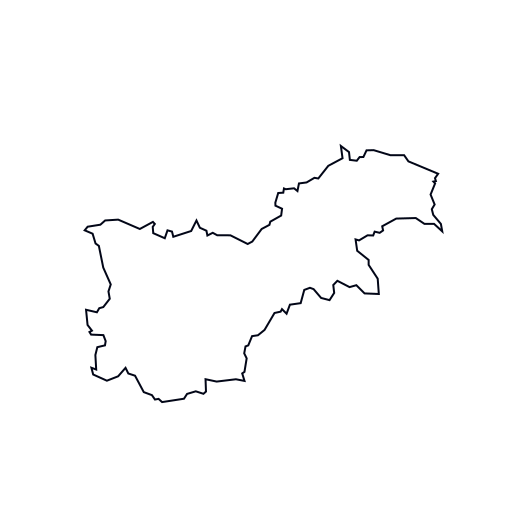 Kratovo, Rankovce, North Macedonia, rotated 332°
{"feature_id": "65306769B16547433729319", "entity_name": "Kratovo", "entity_type": "district", "adm_level": 2, "iso_a3": "MKD", "parent_name": "North Macedonia", "parent_adm1": "Rankovce", "projection": "mercator", "projection_center": [22.15, 42.098], "detail": "fine", "context": "isolated", "style": "outline", "palette": "ink", "viewbox_px": 512, "rotation_deg": 332, "n_neighbors": 0, "source": "geoboundaries", "source_scale": "gbopen_adm2", "svg_char_len": 1954}
<svg xmlns="http://www.w3.org/2000/svg" viewBox="0 0 512 512"><g transform="rotate(332 256 256)"><path d="M148.2,352.2L153.6,341.1L162.3,348.4L180.4,355.4L187.2,360.9L188.7,353.2L191.4,352.9L199.7,342.0L199.9,336.4L204.3,330.9L207.2,331.3L214.9,324.9L220.5,326.9L228.8,325.3L245.6,315.0L251.6,316.7L254.0,315.1L255.9,321.3L263.1,314.9L273.3,318.6L282.7,308.6L288.7,309.4L291.3,312.3L293.8,323.6L300.2,329.5L307.7,325.3L310.6,317.9L316.2,316.1L324.0,327.4L330.9,328.9L334.3,340.0L346.6,347.2L352.8,333.2L351.3,316.7L353.6,312.4L347.8,298.9L351.7,288.1L354.3,290.6L364.2,290.1L369.1,292.9L372.2,290.2L376.1,293.6L380.2,293.1L381.4,289.0L397.4,288.8L414.9,297.5L419.8,306.7L428.3,311.2L432.0,321.7L434.3,314.5L431.8,302.9L433.2,297.2L437.9,294.4L439.0,283.7L448.2,276.0L447.6,273.6L450.0,274.3L450.6,271.3L455.4,268.9L435.0,244.0L434.1,236.5L422.0,230.1L409.6,217.8L403.2,214.6L397.3,219.0L393.9,217.3L389.7,219.2L384.0,215.2L386.9,207.9L382.6,198.7L378.3,210.3L362.2,210.3L347.4,216.8L344.3,214.4L335.2,214.8L328.0,212.1L323.1,218.1L321.4,214.1L313.6,211.0L312.4,209.5L309.8,212.9L305.2,210.8L298.1,218.0L296.8,220.7L301.2,226.5L297.2,232.1L284.7,232.4L282.5,234.8L273.7,234.8L259.5,241.5L254.3,241.5L243.1,225.7L231.5,219.5L228.7,215.2L222.7,215.1L224.1,210.4L219.7,204.7L220.1,196.7L210.5,203.5L192.0,200.2L193.3,195.0L189.9,191.8L183.8,197.5L176.0,187.6L178.5,181.8L181.7,180.2L181.0,177.5L166.1,177.6L151.4,159.2L139.5,153.8L133.3,155.3L121.1,151.1L116.8,152.9L122.2,159.6L120.2,169.6L122.0,173.3L115.7,194.5L114.4,212.9L109.1,218.0L106.8,225.1L97.2,229.4L93.1,228.5L89.1,231.0L80.7,223.7L74.9,237.8L76.1,244.9L73.3,244.9L73.5,248.0L84.1,254.2L83.3,260.6L80.7,264.0L73.1,262.0L67.7,268.0L61.6,281.2L58.2,277.4L56.6,284.2L65.8,296.1L77.8,297.5L88.3,293.5L88.1,299.8L93.0,304.9L93.0,323.5L98.8,330.0L99.4,335.3L102.9,336.4L104.5,340.9L125.4,348.2L130.4,345.4L139.3,347.2L144.9,353.0L148.2,352.2Z" fill="none" stroke="#020617" stroke-width="2"/></g></svg>